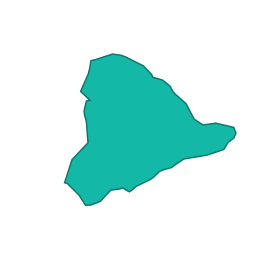 outline of Bayanbulag, Bayanhongor, Mongolia, rotated 232°
{"feature_id": "93677404B76460222256412", "entity_name": "Bayanbulag", "entity_type": "district", "adm_level": 2, "iso_a3": "MNG", "parent_name": "Mongolia", "parent_adm1": "Bayanhongor", "projection": "mercator", "projection_center": [98.047, 46.872], "detail": "fine", "context": "isolated", "style": "filled", "palette": "teal", "viewbox_px": 256, "rotation_deg": 232, "n_neighbors": 0, "source": "geoboundaries", "source_scale": "gbopen_adm2", "svg_char_len": 1045}
<svg xmlns="http://www.w3.org/2000/svg" viewBox="0 0 256 256"><g transform="rotate(232 128 128)"><path d="M203.9,140.3L198.9,134.9L195.2,130.2L186.0,113.2L173.3,115.0L174.9,111.8L168.4,103.8L164.4,101.5L158.9,99.3L141.0,87.4L137.5,64.4L123.9,44.3L121.7,46.0L105.2,48.1L93.2,46.9L92.1,48.9L90.3,51.0L87.2,61.1L89.7,76.1L84.9,84.2L84.8,84.7L84.5,85.6L84.2,86.6L83.9,87.0L83.3,87.3L82.6,87.7L81.6,87.9L80.8,88.0L79.9,88.5L79.2,88.8L78.3,89.1L76.8,89.9L76.6,93.5L77.0,98.5L73.6,114.1L73.5,118.2L74.4,125.9L72.9,131.3L70.0,137.9L70.0,142.9L69.2,153.0L58.0,173.5L52.1,190.4L55.0,197.9L55.0,205.4L57.6,210.0L63.4,211.7L77.8,200.1L84.2,189.0L94.2,185.6L111.4,188.7L126.6,185.9L127.5,186.0L127.9,186.0L128.4,185.9L128.9,186.0L130.1,186.0L131.6,186.3L133.3,186.6L134.3,186.9L135.0,186.8L135.9,186.7L137.4,186.4L139.2,186.0L141.3,185.5L142.6,185.2L143.6,185.0L144.2,184.8L145.4,184.1L146.8,183.1L152.8,178.8L155.7,179.5L167.3,178.4L185.6,169.8L190.2,166.8L195.8,161.3L202.2,143.8L203.9,140.3Z" fill="#14b8a6" stroke="#0f766e" stroke-width="1.5"/></g></svg>